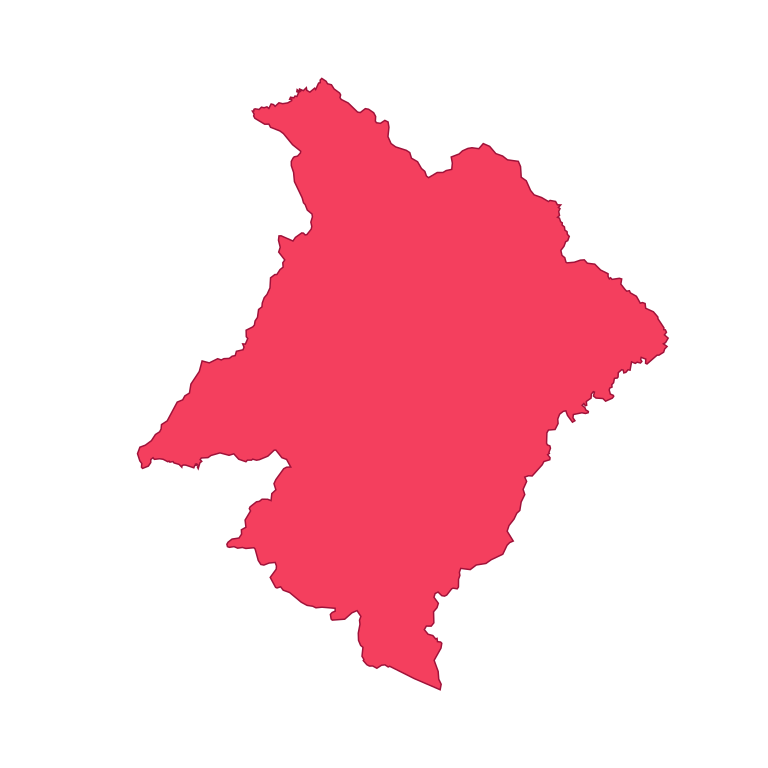 the district of Mueang Nan, Nan, Thailand, rotated 26°
{"feature_id": "78962969B90844485924404", "entity_name": "Mueang Nan", "entity_type": "district", "adm_level": 2, "iso_a3": "THA", "parent_name": "Thailand", "parent_adm1": "Nan", "projection": "albers", "projection_center": [100.677, 18.865], "detail": "fine", "context": "isolated", "style": "filled", "palette": "rose", "viewbox_px": 768, "rotation_deg": 26, "n_neighbors": 0, "source": "geoboundaries", "source_scale": "gbopen_adm2", "svg_char_len": 6170}
<svg xmlns="http://www.w3.org/2000/svg" viewBox="0 0 768 768"><g transform="rotate(26 384 384)"><path d="M193.0,554.7L198.2,560.1L201.1,561.6L202.5,565.1L204.0,565.7L208.2,561.1L208.8,556.9L207.5,554.1L208.7,551.5L210.6,552.4L215.0,549.6L218.4,548.5L223.8,548.6L224.6,547.6L225.8,548.1L228.4,546.2L229.8,547.0L235.1,546.1L238.7,547.4L238.3,546.1L239.1,544.8L241.4,543.8L249.8,542.7L249.6,540.1L250.7,539.5L249.8,538.6L250.7,537.9L252.9,538.9L252.8,540.5L254.1,541.5L253.1,535.6L254.1,533.4L251.9,532.6L252.2,530.6L258.1,527.3L259.8,524.1L266.8,517.8L276.0,516.0L279.6,512.6L286.4,515.3L294.0,514.4L294.6,512.3L298.3,510.5L298.9,509.1L302.8,508.4L305.1,506.7L311.3,499.7L314.3,491.6L315.8,490.8L324.5,495.0L329.5,494.5L336.6,499.5L332.9,501.5L331.0,504.1L328.7,517.3L328.8,521.8L333.2,526.5L331.2,531.7L333.6,538.3L330.0,538.6L324.9,541.0L323.4,544.1L321.0,545.8L317.5,553.1L317.6,555.1L319.7,556.6L318.8,567.2L322.7,573.3L319.7,577.5L321.8,581.4L321.2,586.0L315.4,590.0L313.2,594.5L313.0,596.9L314.6,598.8L316.6,598.6L320.5,595.9L324.4,595.7L328.4,593.0L331.9,592.4L338.8,588.2L340.5,588.8L348.3,597.7L352.4,600.2L355.4,599.4L359.2,595.3L364.4,592.1L367.1,594.7L368.3,597.7L366.5,607.7L375.7,614.3L377.3,614.2L380.0,611.6L383.8,613.5L390.6,612.8L405.2,616.4L411.9,616.7L417.3,615.0L420.9,615.0L426.1,611.8L438.4,607.0L439.7,609.6L437.6,612.0L436.8,614.6L439.5,618.4L441.0,618.9L451.8,612.6L455.5,603.7L459.1,599.5L465.1,603.0L465.5,607.0L467.7,610.4L470.1,619.2L473.5,625.6L477.6,629.2L480.5,629.9L483.6,638.4L486.6,640.3L486.6,641.7L491.6,643.8L494.5,643.9L497.5,642.4L502.2,642.6L505.1,637.8L508.0,636.0L511.8,636.5L512.9,635.2L540.5,635.5L568.5,634.2L567.0,628.8L562.6,625.3L558.7,618.6L550.2,610.4L551.0,596.4L549.6,591.7L548.0,591.1L545.0,592.1L543.2,589.4L542.2,590.5L538.2,588.7L533.3,589.6L527.9,587.1L528.2,583.0L532.6,580.9L533.5,576.8L528.4,567.0L529.7,561.8L529.0,557.3L522.4,553.8L521.8,549.9L523.8,547.3L528.7,548.9L531.4,548.1L532.9,546.2L534.6,538.4L535.6,537.2L539.6,536.0L539.9,533.8L536.6,526.8L536.1,522.8L534.3,520.2L533.8,516.1L542.9,513.0L546.3,506.2L554.3,500.6L557.4,494.9L565.4,484.9L565.3,475.0L566.5,471.4L569.0,468.5L559.2,462.3L558.4,456.4L560.1,448.4L560.0,442.0L561.5,438.1L559.0,429.9L559.0,421.7L555.2,417.7L554.9,409.0L551.3,406.0L554.1,403.1L557.5,401.7L561.6,387.3L561.7,383.6L566.2,379.4L565.6,377.5L562.0,375.7L563.1,373.9L562.2,373.2L561.8,368.8L560.2,366.9L557.6,367.1L556.1,366.0L551.8,356.5L552.0,353.3L557.7,349.9L557.8,343.2L555.5,339.3L555.1,334.1L557.1,330.0L559.2,328.4L562.7,331.8L570.1,335.7L571.7,333.3L568.6,331.5L567.6,328.4L574.5,323.1L578.0,322.2L580.1,320.3L579.7,319.1L576.6,318.8L575.1,317.3L571.4,316.3L572.2,313.9L574.5,315.3L575.5,314.3L573.5,311.0L576.3,305.9L574.8,302.1L575.5,299.1L576.7,299.0L577.5,303.0L580.7,303.7L587.1,301.1L590.7,302.3L595.4,296.7L595.9,294.5L595.2,293.7L591.8,293.8L589.0,290.6L588.7,288.7L590.3,286.8L589.0,284.7L589.8,282.2L588.6,277.9L591.0,276.4L591.3,275.1L589.6,271.1L591.4,266.9L593.0,266.7L594.7,268.9L596.3,267.5L597.1,264.2L599.1,263.7L596.8,255.6L600.8,255.3L602.0,253.4L605.3,252.7L605.9,250.7L603.9,249.4L603.5,247.3L608.4,246.9L610.0,250.7L611.6,250.7L616.8,238.4L618.5,237.5L621.4,232.8L620.9,229.5L622.0,226.2L617.5,225.4L618.9,223.4L619.3,218.2L614.5,216.9L615.2,213.7L613.2,212.0L611.6,212.5L611.0,210.8L601.7,205.3L600.7,203.7L594.5,201.0L586.0,201.2L583.4,197.2L580.6,197.5L578.9,199.0L572.4,194.5L565.5,194.1L563.7,192.6L561.4,194.2L559.2,193.4L553.1,190.4L551.6,185.4L549.2,185.8L543.1,190.0L541.1,189.2L540.4,190.7L538.2,189.1L537.1,186.7L528.7,186.6L520.9,183.9L513.8,186.3L509.6,184.6L506.2,186.6L501.7,191.1L495.4,194.9L494.1,194.7L491.1,191.2L487.6,190.4L484.4,186.4L485.4,181.3L484.9,176.5L486.3,174.6L485.8,170.1L483.2,169.1L481.7,166.8L479.1,166.4L477.3,163.7L474.4,163.0L473.6,161.0L471.6,160.7L469.0,158.0L466.9,158.1L467.9,155.6L465.4,152.4L465.3,149.2L463.4,148.9L464.3,145.6L461.3,146.9L458.2,144.7L452.8,146.2L451.8,147.9L443.9,147.3L436.0,148.2L430.9,145.8L422.8,139.0L416.7,138.0L411.4,128.7L407.1,125.0L396.7,128.4L390.7,127.1L383.5,127.9L374.8,124.1L367.8,124.4L366.1,130.9L359.5,133.1L356.1,135.5L352.3,140.1L350.7,144.3L344.9,150.5L348.6,155.5L350.8,161.4L346.3,164.9L344.3,168.0L339.1,170.6L333.6,179.0L331.0,178.5L327.5,175.0L323.2,173.9L316.7,169.5L309.7,169.0L305.7,164.7L301.6,164.2L290.5,165.8L284.9,164.8L279.1,159.9L275.9,151.1L272.8,146.7L269.2,146.7L266.5,151.3L262.7,152.5L261.0,151.5L259.2,147.2L255.8,144.7L249.7,143.8L246.5,144.7L243.7,150.4L241.1,151.2L228.6,147.1L220.8,147.0L218.9,145.9L218.3,143.2L216.5,141.9L209.8,140.7L205.6,138.1L201.6,138.9L199.3,137.3L194.1,136.6L193.4,138.8L194.6,141.1L193.3,142.2L193.5,149.3L192.0,148.5L189.4,154.2L185.9,153.9L184.3,151.7L182.9,155.7L178.8,155.9L179.3,157.3L180.7,157.1L180.2,158.2L176.9,157.5L177.5,159.5L179.5,159.3L179.7,163.8L177.8,164.2L177.5,166.3L174.3,167.2L174.4,169.4L176.1,168.5L176.8,169.8L174.2,173.6L170.0,176.5L166.3,177.3L164.4,182.2L162.3,181.3L159.8,181.8L159.7,186.8L157.3,186.2L155.1,188.3L152.5,188.9L151.4,192.0L147.5,193.2L146.7,194.2L147.3,195.6L146.0,196.4L149.0,198.4L149.3,200.2L151.5,201.8L162.9,202.8L166.6,200.9L169.5,203.0L179.4,202.2L183.8,203.0L196.9,209.0L207.1,211.3L207.6,213.0L206.4,217.1L203.7,219.2L203.2,220.9L203.1,224.6L205.0,228.4L210.0,233.5L214.8,241.4L228.8,252.5L232.2,256.4L234.5,257.3L238.8,261.3L244.8,262.8L246.4,265.2L247.3,270.6L250.0,274.0L250.7,276.7L249.2,283.5L247.8,284.6L245.5,283.7L243.8,284.3L240.1,291.1L239.5,295.4L226.6,295.9L224.7,296.9L226.1,301.0L230.8,306.6L231.5,311.6L240.4,316.0L239.9,319.4L242.1,323.2L240.4,326.7L239.7,332.6L237.9,333.5L235.5,338.3L239.4,347.6L239.6,354.8L238.5,358.9L239.1,364.6L240.5,368.2L238.6,372.0L241.1,379.6L240.5,383.8L241.7,387.9L241.0,390.2L236.5,396.1L239.5,401.9L241.6,402.8L241.9,408.9L239.4,409.9L242.0,412.2L242.3,415.0L237.0,419.3L237.8,423.7L235.3,425.6L233.7,428.8L229.0,431.4L227.2,433.7L223.4,434.2L217.7,441.6L210.4,443.0L212.5,453.7L210.5,468.7L213.1,477.4L210.2,482.0L210.0,486.5L206.1,490.9L205.3,512.2L201.8,518.0L203.4,522.2L203.3,525.3L200.7,529.6L199.8,536.9L196.3,543.6L192.3,547.8L193.0,554.7Z" fill="#f43f5e" stroke="#9f1239" stroke-width="1.5"/></g></svg>